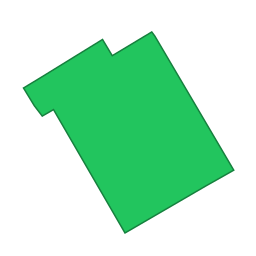 the district of Coles, Illinois, United States of America, rotated 240°
{"feature_id": "52423323B20272514660915", "entity_name": "Coles", "entity_type": "district", "adm_level": 2, "iso_a3": "USA", "parent_name": "United States of America", "parent_adm1": "Illinois", "projection": "albers", "projection_center": [-88.152, 39.53], "detail": "fine", "context": "isolated", "style": "filled", "palette": "green", "viewbox_px": 256, "rotation_deg": 240, "n_neighbors": 0, "source": "geoboundaries", "source_scale": "gbopen_adm2", "svg_char_len": 317}
<svg xmlns="http://www.w3.org/2000/svg" viewBox="0 0 256 256"><g transform="rotate(240 128 128)"><path d="M38.9,165.6L38.6,198.5L194.2,197.2L199.3,196.6L198.5,150.5L217.4,150.2L215.3,77.3L214.9,57.5L194.1,58.0L181.2,59.7L181.2,72.7L38.6,72.9L38.9,165.6Z" fill="#22c55e" stroke="#15803d" stroke-width="1.5"/></g></svg>